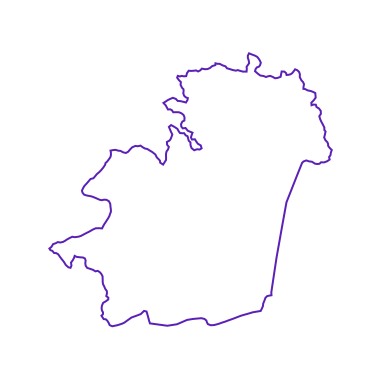 the district of Joinville, Santa Catarina, Brazil, rotated 101°
{"feature_id": "56859067B35489992852135", "entity_name": "Joinville", "entity_type": "district", "adm_level": 2, "iso_a3": "BRA", "parent_name": "Brazil", "parent_adm1": "Santa Catarina", "projection": "orthographic", "projection_center": [-48.986, -26.263], "detail": "fine", "context": "isolated", "style": "outline", "palette": "violet", "viewbox_px": 384, "rotation_deg": 101, "n_neighbors": 0, "source": "geoboundaries", "source_scale": "gbopen_adm2", "svg_char_len": 4948}
<svg xmlns="http://www.w3.org/2000/svg" viewBox="0 0 384 384"><g transform="rotate(101 192 192)"><path d="M329.0,208.2L328.0,190.7L324.7,181.5L318.5,172.4L316.5,167.0L315.6,164.0L314.8,161.2L314.1,158.8L314.2,155.6L315.4,153.4L317.2,152.4L318.7,151.1L319.2,148.1L318.4,145.0L317.2,142.4L316.0,140.1L314.6,137.8L312.7,134.3L311.6,132.6L307.8,126.2L306.7,124.5L304.1,120.3L303.2,118.6L302.0,116.2L300.9,114.0L298.5,109.4L296.6,104.4L295.7,101.9L293.2,101.2L290.5,100.6L287.9,100.8L284.9,100.2L281.8,99.7L279.9,98.4L278.9,96.2L278.2,94.3L275.4,95.0L240.4,96.5L208.6,97.0L184.1,97.3L157.1,92.3L142.4,89.5L140.7,88.3L139.2,85.8L139.6,83.0L139.4,80.0L140.7,76.8L140.6,74.1L139.9,72.2L138.2,71.0L137.8,68.1L136.1,65.3L133.9,63.1L131.5,64.1L129.4,63.1L126.7,63.2L124.1,62.8L122.5,65.2L120.8,67.1L118.9,67.6L117.4,68.5L115.7,70.9L113.2,72.7L110.9,72.5L109.0,72.5L107.2,72.4L105.9,73.9L103.4,74.4L100.7,76.5L98.4,78.4L96.2,80.0L93.3,81.5L90.7,80.4L87.8,81.1L85.8,83.3L84.8,86.0L82.7,87.1L83.0,89.5L84.0,91.2L81.6,91.9L78.9,90.1L75.8,88.6L73.3,89.3L71.3,89.9L70.6,92.5L70.2,94.9L70.2,97.9L69.4,100.4L69.5,102.3L67.4,102.6L64.8,102.6L62.9,104.0L61.5,105.9L58.7,108.1L55.8,108.6L53.8,109.7L52.4,111.8L51.9,114.2L54.5,115.4L56.2,116.3L57.6,117.7L58.5,119.5L59.1,121.5L57.4,122.3L56.2,124.3L56.6,127.0L58.9,127.0L62.0,127.0L63.6,129.6L64.5,132.1L63.6,134.8L63.1,137.4L63.8,139.2L65.0,141.3L64.5,143.8L64.6,147.3L63.2,150.1L61.4,153.2L59.1,153.0L57.2,152.0L56.3,150.3L54.6,149.4L52.0,149.1L50.0,150.5L48.5,151.9L46.9,153.8L46.1,156.3L45.7,158.9L45.0,162.5L47.6,163.2L49.6,162.8L52.1,161.4L54.7,160.5L57.1,161.6L58.8,162.3L60.6,161.7L63.4,161.4L64.1,164.8L63.9,168.0L63.6,170.3L64.5,172.1L64.5,175.3L64.1,178.6L63.9,181.3L62.3,183.0L61.8,186.4L60.9,189.2L61.3,191.4L61.2,193.5L63.0,193.3L64.5,196.1L67.0,198.2L68.4,200.3L69.0,202.8L69.0,205.8L71.0,207.1L72.5,209.0L71.9,211.1L72.6,213.3L73.3,215.9L73.6,218.4L76.3,219.6L79.4,219.8L80.0,222.2L80.0,224.3L80.9,226.0L80.7,228.1L82.6,228.4L84.6,226.3L86.2,223.9L88.9,223.7L91.6,221.7L92.7,220.0L94.5,219.5L96.7,219.4L98.9,218.2L100.2,216.3L100.6,214.0L102.5,214.0L105.3,215.0L105.1,218.1L105.0,220.6L105.3,223.5L103.7,225.6L103.2,228.8L104.9,231.3L106.4,233.3L108.1,235.0L110.0,237.0L112.0,234.3L114.2,232.5L115.6,231.3L115.0,229.3L115.5,227.4L117.3,225.6L116.7,222.9L116.2,219.9L116.8,217.2L118.0,215.0L120.1,213.6L123.3,213.1L124.7,214.9L127.5,215.7L129.8,215.0L131.3,213.2L130.4,210.6L132.7,207.8L133.2,205.3L133.7,202.8L136.2,203.2L138.6,203.5L140.5,202.0L139.7,199.2L141.5,197.6L143.5,195.5L144.6,192.3L147.3,190.9L148.8,192.5L149.1,195.3L150.6,197.8L149.0,200.8L146.3,202.4L143.6,203.0L142.3,205.0L140.0,206.1L138.1,207.0L137.6,209.0L135.8,210.9L136.2,212.9L136.4,215.0L135.1,216.5L132.8,218.4L131.8,220.8L131.1,222.7L130.3,225.3L132.5,227.1L135.0,225.4L137.1,224.0L139.3,222.3L142.1,222.7L144.1,223.1L145.8,223.9L147.7,226.2L150.3,225.5L152.2,223.3L154.9,223.7L156.9,224.7L159.1,224.8L161.1,224.5L163.2,224.0L165.5,223.6L167.8,224.5L170.6,225.6L169.3,228.8L167.3,229.5L166.2,231.0L164.7,233.2L162.2,235.1L160.4,238.5L159.2,241.8L158.3,244.1L158.3,246.4L157.6,248.6L156.3,251.4L157.4,253.8L157.6,256.4L159.6,259.3L162.2,261.0L164.6,262.3L166.3,264.3L166.2,267.1L165.3,270.0L165.5,272.4L165.2,275.0L165.8,277.1L166.9,279.9L168.9,279.1L171.4,278.6L173.4,278.8L175.9,279.9L178.3,281.1L180.0,282.4L182.0,282.5L185.0,283.8L187.8,285.3L190.4,287.0L192.7,288.9L194.7,289.9L197.3,291.4L198.6,294.1L201.8,295.9L203.4,296.8L205.3,298.0L207.1,299.0L209.6,299.8L211.7,300.3L213.6,299.3L215.2,297.4L215.5,295.0L215.5,292.6L215.5,289.6L216.0,286.7L216.5,284.4L217.2,281.4L217.3,279.1L216.3,276.8L216.0,274.4L216.9,271.8L219.2,270.0L222.0,269.2L224.3,268.4L226.9,267.8L228.7,268.2L231.3,268.5L233.8,269.3L235.5,270.0L238.0,271.0L240.7,272.1L242.9,272.8L244.9,273.3L245.3,276.5L246.0,279.6L247.8,282.2L249.2,283.8L250.9,285.8L252.0,287.3L253.2,288.8L254.8,290.8L256.2,292.5L257.4,294.6L258.7,298.3L258.8,301.0L260.5,303.3L262.4,305.6L263.8,307.0L265.5,308.9L266.7,311.6L266.8,314.2L268.2,315.9L269.7,318.4L272.7,319.5L274.7,321.2L276.1,319.9L276.4,317.9L278.2,315.7L277.9,313.6L278.7,311.4L280.6,309.5L282.6,307.3L284.5,305.0L285.9,303.6L287.7,302.0L289.5,299.0L289.6,296.8L287.2,296.3L284.4,297.3L281.7,296.0L279.0,295.2L277.1,295.0L277.7,292.8L277.5,289.9L277.1,286.3L277.7,284.4L279.7,283.3L282.1,283.2L284.7,282.3L286.5,280.4L286.8,277.8L287.3,274.3L288.3,271.7L287.4,269.4L288.3,267.2L289.7,265.4L291.8,263.7L294.9,263.0L297.7,262.4L299.5,261.7L301.4,260.2L303.6,258.7L305.5,256.7L307.7,256.1L310.5,256.3L311.7,254.0L313.5,253.7L315.7,255.7L317.8,258.1L320.8,258.7L323.2,258.6L325.5,257.8L327.1,256.4L329.1,256.1L330.7,257.3L332.0,256.0L333.6,254.5L333.4,252.3L334.5,250.6L336.3,248.9L338.4,247.4L339.0,244.6L336.9,239.6L334.5,235.3L332.9,233.2L331.0,231.5L326.8,227.5L323.3,221.7L321.6,219.0L319.9,217.8L317.9,216.4L318.0,213.8L324.1,210.7L326.3,209.7L329.0,208.2Z" fill="none" stroke="#5b21b6" stroke-width="2"/></g></svg>